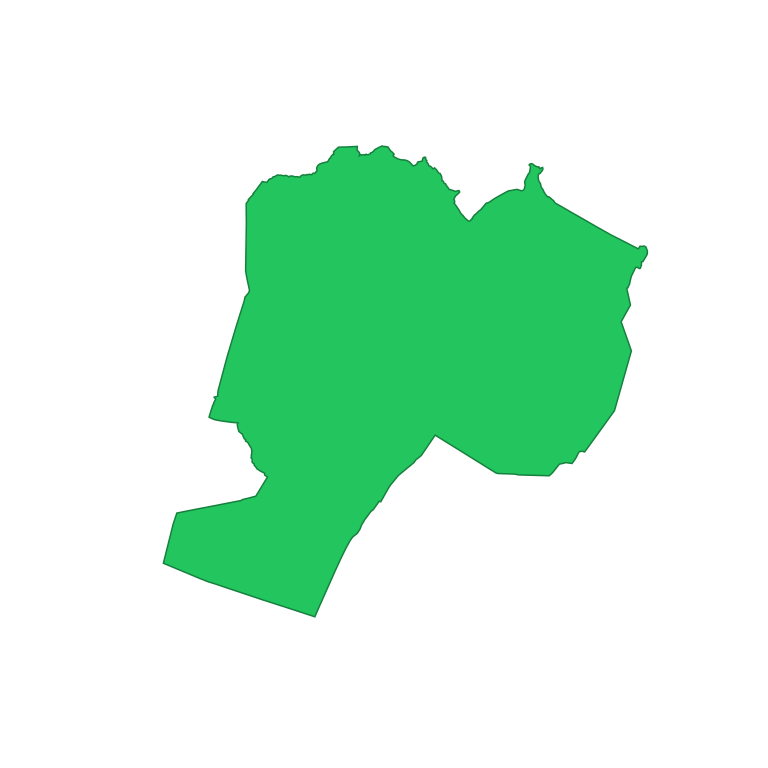 the district of Purépero, Michoacán, Mexico, rotated 301°
{"feature_id": "50627088B73803065324582", "entity_name": "Purépero", "entity_type": "district", "adm_level": 2, "iso_a3": "MEX", "parent_name": "Mexico", "parent_adm1": "Michoacán", "projection": "robinson", "projection_center": [-101.968, 19.91], "detail": "fine", "context": "isolated", "style": "filled", "palette": "green", "viewbox_px": 768, "rotation_deg": 301, "n_neighbors": 0, "source": "geoboundaries", "source_scale": "gbopen_adm2", "svg_char_len": 6123}
<svg xmlns="http://www.w3.org/2000/svg" viewBox="0 0 768 768"><g transform="rotate(301 384 384)"><path d="M148.8,444.6L161.2,443.0L180.7,440.6L184.7,440.1L186.5,439.9L197.0,438.6L212.4,436.9L224.3,435.9L232.3,435.6L236.9,436.0L242.2,438.0L247.0,438.2L251.8,437.4L257.6,437.4L267.9,438.4L271.1,439.6L271.3,439.5L273.0,439.7L280.9,440.3L281.4,441.9L295.3,441.5L299.1,441.5L300.8,441.6L313.2,443.5L332.3,450.2L335.1,450.3L341.9,452.8L366.5,454.2L365.8,501.2L365.4,525.6L365.9,527.7L374.0,542.3L375.4,546.2L390.4,572.8L393.3,573.8L395.0,574.2L400.0,574.9L404.1,575.4L405.6,575.6L408.1,578.3L410.3,580.4L412.7,586.1L416.2,586.5L420.0,586.6L423.8,586.3L425.0,586.2L425.7,586.2L426.6,586.4L427.4,587.2L428.1,588.1L428.5,588.9L428.9,589.9L428.8,590.5L429.2,591.0L447.8,592.6L479.8,595.3L539.8,579.0L559.5,555.2L578.6,554.6L590.9,542.9L591.5,543.0L592.0,543.5L592.6,543.4L592.9,543.3L593.6,543.2L595.9,543.1L599.5,541.8L603.9,540.5L607.5,540.2L613.4,539.7L614.1,540.3L614.5,541.4L614.4,543.3L615.2,544.1L618.3,543.5L619.6,542.8L621.4,541.8L622.3,542.9L627.4,542.9L630.9,542.8L633.8,541.2L636.3,537.9L636.3,536.3L636.1,535.8L636.0,535.5L635.7,535.2L635.2,534.8L634.9,534.4L633.9,532.4L632.8,532.5L631.8,532.4L630.8,532.3L630.1,521.5L628.7,501.5L628.2,483.9L628.0,471.4L628.0,470.6L627.7,458.8L627.3,437.3L628.2,435.6L628.6,434.2L628.7,432.8L629.1,431.5L629.3,429.6L629.3,428.8L629.0,428.6L628.8,428.1L628.8,427.4L629.2,426.3L629.7,424.8L631.0,422.3L632.5,420.2L633.7,417.3L636.3,415.0L638.1,411.7L640.6,409.7L641.5,409.1L642.9,408.5L643.8,408.6L645.1,409.4L646.3,409.4L648.6,409.8L650.2,409.5L651.3,408.4L648.8,406.4L649.9,405.1L649.1,403.4L648.8,401.8L648.8,400.4L649.0,399.3L649.1,397.3L647.8,395.8L646.5,395.6L646.1,397.4L643.4,398.6L641.8,399.2L640.2,399.8L638.2,399.5L634.1,399.8L630.6,400.2L629.9,400.4L629.3,400.8L628.3,401.6L626.6,402.9L624.2,403.5L623.1,403.8L622.2,403.8L621.2,403.2L620.5,402.3L620.1,401.1L619.5,398.3L619.2,397.6L618.8,397.1L616.7,394.8L614.5,392.2L613.7,391.3L612.7,390.6L611.4,389.8L608.6,388.2L604.3,385.7L602.1,384.5L601.3,384.1L600.4,383.5L597.9,382.3L593.7,380.4L592.9,379.7L592.0,378.8L591.8,378.6L591.3,378.4L586.1,377.6L583.7,377.2L582.3,376.8L581.3,376.3L580.1,376.0L577.8,375.4L576.0,374.8L575.0,374.4L573.2,374.3L572.1,374.2L571.3,374.7L571.1,374.3L570.7,374.2L570.1,374.0L568.2,373.9L567.4,373.1L567.3,371.4L567.9,368.1L568.5,366.4L569.1,365.0L569.2,364.0L569.7,362.3L570.9,360.1L571.6,359.0L573.2,355.6L574.5,352.6L575.1,350.8L576.2,351.0L577.9,349.7L578.0,348.8L579.0,348.7L582.0,348.5L583.9,349.1L586.3,349.8L587.6,350.0L588.1,349.3L588.4,348.6L587.8,347.8L585.8,345.9L585.4,343.2L584.4,339.6L585.7,336.9L586.4,334.8L587.1,334.2L587.2,333.9L587.3,333.6L587.2,333.2L587.1,332.9L587.2,332.0L587.7,331.2L587.9,331.0L588.1,330.7L588.4,330.1L588.2,329.6L588.1,329.3L588.1,329.0L588.2,328.9L588.6,328.7L589.1,328.4L590.5,327.3L591.4,326.6L591.8,326.1L593.1,324.2L593.3,323.7L593.2,323.1L592.9,322.4L593.4,321.3L594.6,318.9L595.0,317.2L595.1,316.3L595.3,316.1L593.7,315.2L594.6,311.7L594.0,310.4L595.6,308.2L596.4,306.2L596.9,305.5L597.7,305.5L597.7,305.2L597.7,304.9L597.9,304.5L598.2,304.1L598.6,303.5L598.9,303.3L599.3,303.3L599.6,303.1L599.6,302.8L599.5,302.3L599.4,302.0L598.7,301.5L598.3,301.1L598.1,301.1L597.5,301.1L596.6,301.3L594.8,302.0L591.8,298.7L590.7,298.6L589.6,299.0L588.5,298.5L586.5,297.3L586.0,296.2L586.7,294.2L587.1,292.6L587.4,291.4L587.4,289.4L587.2,287.8L586.5,286.0L585.5,284.2L584.7,282.3L584.2,280.1L583.9,276.5L583.9,275.7L584.0,275.0L584.3,274.3L584.8,274.2L585.2,274.2L585.5,274.2L585.8,274.4L586.2,274.3L587.0,271.6L587.2,270.3L587.3,269.4L587.6,268.8L588.2,267.3L588.9,266.1L589.2,265.1L588.8,264.9L588.6,264.6L588.5,263.4L588.3,262.7L588.1,262.3L587.6,261.9L587.3,261.4L587.3,260.9L587.2,260.1L587.1,259.8L583.9,257.6L581.9,256.4L580.2,255.4L579.9,255.3L579.3,255.3L578.6,255.2L577.4,254.9L576.7,254.6L576.0,254.2L575.5,253.7L575.1,253.5L574.3,253.6L573.3,253.0L572.6,252.5L572.2,252.1L572.0,251.9L571.8,250.5L571.7,250.2L571.3,250.0L571.1,250.1L570.7,250.0L570.5,249.9L570.4,249.7L570.2,248.6L570.1,248.4L569.5,247.9L569.0,247.2L568.7,246.3L568.6,246.1L567.0,245.3L568.6,244.8L569.7,243.7L570.7,240.4L573.9,238.7L568.4,230.6L563.6,223.0L557.2,221.1L555.0,222.6L554.3,221.8L553.2,221.8L552.7,221.5L551.8,221.4L551.2,221.6L549.9,221.5L549.4,221.2L547.1,221.2L545.7,221.3L544.3,220.1L542.4,218.0L540.5,216.4L539.6,215.7L538.7,215.2L537.7,214.9L536.1,214.8L534.5,215.0L532.2,216.8L530.6,216.3L529.7,216.5L529.3,216.4L528.4,214.9L527.9,214.5L526.1,214.2L525.3,211.9L524.1,210.9L523.7,209.9L523.0,209.5L522.2,208.2L521.8,207.3L521.0,206.4L519.7,205.6L518.1,205.5L516.7,202.3L515.8,201.1L515.1,198.4L514.0,196.5L512.7,196.0L512.4,192.6L510.8,190.8L510.0,188.2L509.1,186.9L508.6,185.5L507.6,184.5L506.5,184.0L505.8,183.8L505.1,183.0L504.6,182.3L503.7,182.3L503.0,182.2L502.3,181.7L501.7,181.4L501.0,180.5L499.9,180.0L496.7,179.9L495.6,177.6L494.9,175.4L484.9,174.5L479.8,173.7L479.4,174.3L472.3,172.7L471.7,173.3L467.7,172.9L451.4,182.9L448.7,184.5L409.6,207.2L406.8,209.6L403.5,212.5L395.1,220.4L392.7,221.0L389.9,220.6L386.9,220.1L383.2,221.4L357.8,227.5L334.4,233.5L326.5,235.5L292.8,245.2L287.8,247.7L285.2,245.2L284.2,247.6L280.2,247.7L279.6,247.9L278.9,248.4L277.8,248.1L266.6,250.8L265.5,251.1L265.5,252.9L265.8,254.9L266.4,257.9L268.4,263.2L272.4,272.6L275.5,279.0L275.4,279.1L274.6,279.1L273.9,279.1L273.5,279.2L273.1,279.5L269.6,282.9L268.6,284.1L268.1,286.9L268.0,288.6L266.7,290.1L265.1,292.4L265.1,293.9L263.8,294.6L263.7,297.6L262.7,299.1L261.1,302.2L260.7,303.1L259.9,304.2L259.1,304.5L258.9,305.2L257.5,305.7L256.2,306.5L254.8,306.8L253.6,307.8L252.3,308.0L251.8,309.5L251.0,310.2L249.5,310.8L248.8,311.8L248.7,313.1L248.6,313.9L247.5,314.6L247.2,315.4L247.1,316.4L246.6,317.2L246.0,318.5L245.8,319.0L245.7,322.8L246.0,327.6L244.6,328.5L244.3,329.2L244.4,330.6L244.2,332.0L225.0,331.9L221.8,331.9L212.7,322.9L212.0,322.1L210.6,321.6L174.9,281.9L166.7,272.9L165.8,273.1L155.8,275.3L116.7,287.2L122.5,326.8L123.9,335.1L125.7,342.4L128.4,354.8L136.5,391.3L141.0,410.5L148.8,444.4L148.8,444.6Z" fill="#22c55e" stroke="#15803d" stroke-width="1.5"/></g></svg>